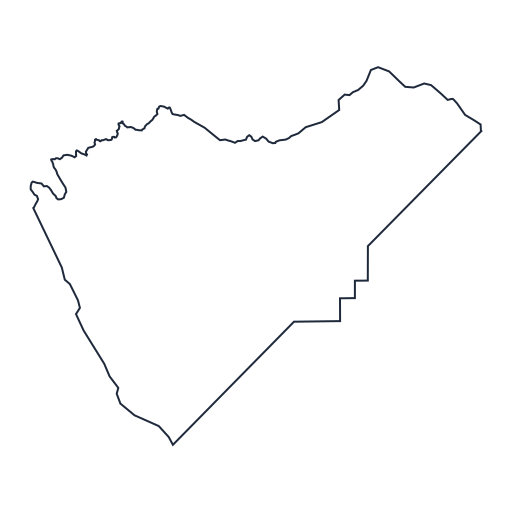 the district of Mariposa, California, United States of America
{"feature_id": "52423323B20525606755783", "entity_name": "Mariposa", "entity_type": "district", "adm_level": 2, "iso_a3": "USA", "parent_name": "United States of America", "parent_adm1": "California", "projection": "albers", "projection_center": [-120.075, 37.542], "detail": "fine", "context": "isolated", "style": "outline", "palette": "slate", "viewbox_px": 512, "rotation_deg": 0, "n_neighbors": 0, "source": "geoboundaries", "source_scale": "gbopen_adm2", "svg_char_len": 3034}
<svg xmlns="http://www.w3.org/2000/svg" viewBox="0 0 512 512"><path d="M33.3,207.9L33.3,208.1L61.8,267.5L64.8,279.7L69.9,284.1L78.0,300.4L79.9,307.9L76.0,314.1L83.6,330.5L104.2,363.7L109.6,376.4L118.3,387.9L116.7,393.7L120.4,403.6L134.5,415.3L158.8,426.1L168.7,437.0L172.9,444.8L294.0,321.7L340.1,321.1L340.0,298.3L354.9,298.1L354.9,280.7L367.8,280.6L367.9,246.1L481.3,131.1L480.9,130.8L480.6,124.5L474.3,120.4L465.1,114.9L457.1,103.4L454.1,100.1L452.8,98.9L451.2,99.0L447.7,99.9L440.7,93.4L433.3,87.0L431.0,85.1L424.2,83.5L413.7,87.5L405.2,86.8L399.0,81.0L389.1,71.4L378.1,67.2L370.9,70.0L366.5,80.9L363.1,85.8L358.1,90.0L352.9,92.2L349.5,95.1L344.7,94.6L338.6,100.0L339.2,110.0L321.8,122.1L305.7,127.2L298.5,133.3L294.2,135.0L291.3,136.0L288.9,138.1L285.7,139.6L279.6,140.3L275.8,141.8L275.3,143.0L272.8,143.2L268.6,141.6L266.1,138.6L262.7,136.6L260.2,138.3L258.5,140.3L255.1,141.1L252.6,139.5L251.3,136.7L249.3,135.2L247.1,136.8L246.0,139.6L240.1,141.1L237.7,141.0L235.0,142.8L230.8,141.2L228.5,140.6L225.2,139.5L223.3,139.8L220.0,140.2L212.3,134.0L204.6,127.7L194.4,122.0L191.2,119.7L187.9,117.8L184.1,114.9L180.3,115.9L177.8,115.0L174.4,114.5L172.5,114.0L171.6,112.3L170.8,109.9L169.9,107.7L169.2,107.4L168.3,108.0L167.8,108.6L166.0,107.7L164.0,106.6L160.5,106.0L159.2,106.6L158.4,108.7L157.4,108.8L157.0,110.1L156.8,111.7L157.4,114.0L156.0,115.5L154.3,116.6L153.0,118.8L152.4,119.8L150.3,121.6L148.6,123.4L147.2,124.0L145.2,126.1L144.6,127.6L144.5,128.3L142.3,129.5L141.8,130.4L140.0,130.3L138.5,130.2L137.3,129.9L135.4,129.7L134.7,128.9L133.7,128.3L133.0,127.8L131.9,127.4L130.7,127.0L129.6,127.2L128.5,127.2L127.4,127.4L126.4,126.6L125.0,125.8L124.2,124.6L123.4,123.6L122.8,123.4L122.5,122.6L122.7,122.0L122.5,121.5L121.6,121.6L121.1,122.4L120.8,123.1L119.8,123.3L119.3,123.2L118.6,123.5L118.5,124.4L118.9,125.5L119.5,126.4L119.2,127.2L118.8,129.1L118.0,129.8L117.4,130.5L116.8,130.8L117.2,132.4L117.8,133.4L117.5,134.8L116.7,136.4L116.1,137.3L114.8,137.5L114.3,136.9L113.2,136.8L112.1,137.3L112.2,138.3L111.4,139.8L109.3,140.2L107.5,140.1L107.0,139.5L106.0,139.1L104.5,139.7L102.6,140.3L101.7,140.2L101.0,140.7L100.6,141.2L99.8,141.2L99.1,140.3L96.6,139.7L96.0,139.1L95.0,139.7L95.1,140.8L94.5,142.5L95.1,144.4L94.3,145.6L93.2,146.5L91.8,147.0L88.3,147.8L85.9,151.7L86.2,153.7L87.0,154.4L86.5,155.5L84.9,154.6L81.2,153.3L79.1,151.7L76.9,150.4L76.0,151.3L76.0,154.1L76.2,156.0L74.6,157.3L73.8,156.8L71.1,155.6L67.2,154.8L63.5,155.4L61.9,157.8L59.8,159.2L57.8,158.3L56.0,158.2L54.7,159.3L53.5,159.1L52.4,159.1L51.2,159.5L51.5,160.8L52.3,161.6L52.7,163.2L53.2,164.1L53.4,165.9L54.0,167.6L55.3,169.2L56.5,171.4L57.3,174.2L60.2,179.2L62.5,183.0L65.5,187.6L66.3,191.9L64.9,194.1L63.8,197.8L61.0,199.2L58.0,199.4L56.5,198.1L55.6,195.9L53.0,193.5L51.0,190.1L49.2,187.7L46.8,186.0L43.9,186.4L41.5,183.5L37.1,182.9L35.2,182.3L32.9,181.6L31.6,182.6L31.4,183.6L30.7,186.0L30.7,189.4L32.6,191.8L34.5,194.7L36.8,195.8L38.1,199.1L37.4,201.0L35.8,203.7L35.0,205.3L33.9,207.5L33.3,207.9Z" fill="none" stroke="#1e293b" stroke-width="2"/></svg>